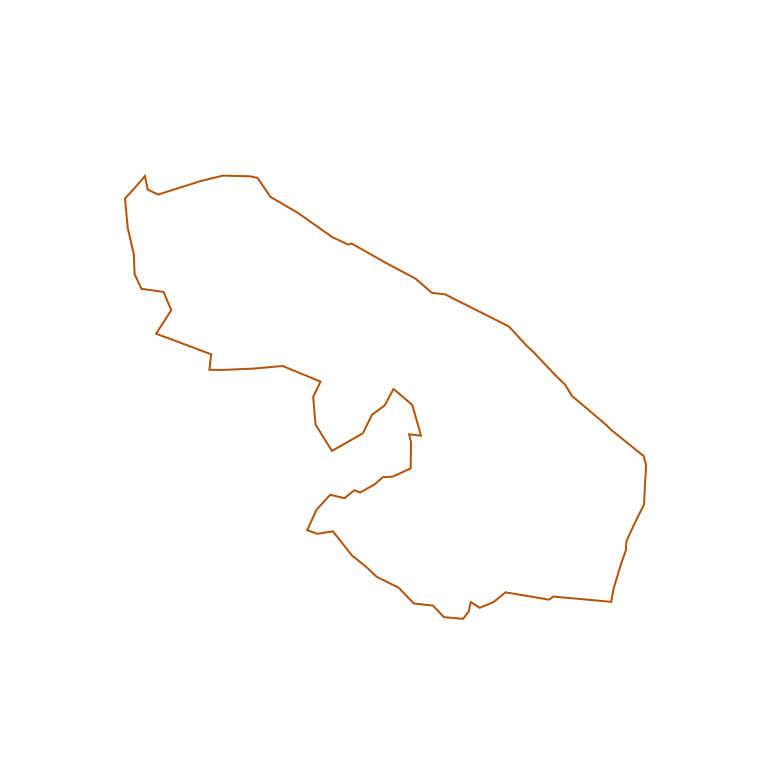 outline of Petrofani, Larnaca, Cyprus, rotated 140°
{"feature_id": "46923920B51924091831082", "entity_name": "Petrofani", "entity_type": "district", "adm_level": 2, "iso_a3": "CYP", "parent_name": "Cyprus", "parent_adm1": "Larnaca", "projection": "natural_earth1", "projection_center": [33.515, 35.031], "detail": "fine", "context": "isolated", "style": "outline", "palette": "amber", "viewbox_px": 768, "rotation_deg": 140, "n_neighbors": 0, "source": "geoboundaries", "source_scale": "gbopen_adm2", "svg_char_len": 1303}
<svg xmlns="http://www.w3.org/2000/svg" viewBox="0 0 768 768"><g transform="rotate(140 384 384)"><path d="M503.6,607.2L493.7,596.2L499.5,577.3L526.3,569.0L513.1,545.9L497.3,517.8L508.6,507.2L499.1,498.9L473.3,479.1L450.1,463.0L431.1,426.6L446.5,419.7L462.4,397.1L464.2,385.1L466.9,366.2L432.0,359.8L413.0,368.1L397.1,367.2L379.9,374.1L375.8,349.7L388.9,320.6L397.1,329.4L400.7,322.0L417.9,302.2L436.9,307.5L444.8,313.4L455.8,313.1L472.1,316.3L475.0,321.7L487.7,321.9L496.4,333.7L516.4,331.1L536.8,321.4L531.5,312.2L517.9,304.0L518.2,291.9L518.8,273.6L515.0,254.1L513.5,240.9L503.7,218.5L502.2,196.6L488.9,182.8L488.0,166.9L474.4,153.3L465.5,155.2L457.7,161.2L454.5,151.0L440.1,146.5L424.8,146.3L406.3,124.6L396.2,112.7L391.0,112.4L350.0,71.1L339.4,79.9L321.2,91.8L305.3,101.4L299.5,107.7L282.8,115.6L262.2,124.6L250.3,137.5L235.4,153.3L231.2,162.4L231.8,163.6L239.4,202.6L240.1,209.7L247.7,254.3L245.7,266.6L247.1,280.6L249.0,312.6L250.2,322.1L251.3,347.7L277.8,409.2L279.4,413.2L288.7,423.1L292.2,444.6L304.7,475.5L318.6,512.7L321.6,513.5L329.2,529.6L339.8,569.8L350.7,600.3L348.4,623.2L353.2,629.3L373.5,647.2L394.4,657.5L435.2,674.3L440.1,684.7L433.5,696.9L446.5,694.8L463.3,692.5L480.1,668.1L492.3,644.1L504.5,628.4L508.6,612.8L503.6,607.2Z" fill="none" stroke="#b45309" stroke-width="2"/></g></svg>